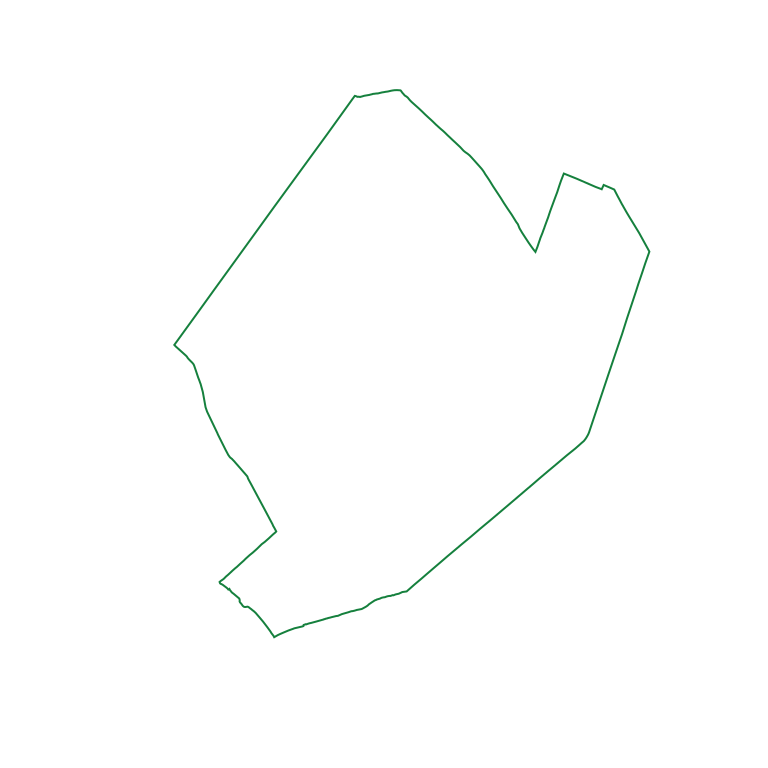 the district of Don Mueang, Bangkok Metropolis, Thailand, rotated 26°
{"feature_id": "78962969B41051617960371", "entity_name": "Don Mueang", "entity_type": "district", "adm_level": 2, "iso_a3": "THA", "parent_name": "Thailand", "parent_adm1": "Bangkok Metropolis", "projection": "equal_earth", "projection_center": [100.591, 13.921], "detail": "fine", "context": "isolated", "style": "outline", "palette": "green", "viewbox_px": 768, "rotation_deg": 26, "n_neighbors": 0, "source": "geoboundaries", "source_scale": "gbopen_adm2", "svg_char_len": 5613}
<svg xmlns="http://www.w3.org/2000/svg" viewBox="0 0 768 768"><g transform="rotate(26 384 384)"><path d="M495.3,560.5L499.2,551.1L503.0,542.5L505.9,535.7L509.4,527.6L513.0,519.3L516.6,510.9L520.7,501.7L523.6,495.1L529.0,483.2L533.9,471.9L539.7,459.0L550.5,434.4L558.5,416.0L561.5,409.2L565.6,399.6L570.1,389.4L572.8,383.4L579.6,368.0L584.2,358.2L586.5,352.7L587.3,350.7L587.9,349.3L588.6,347.7L589.1,345.5L589.4,343.4L589.5,342.0L589.6,340.5L589.6,339.4L589.5,337.6L588.9,333.1L585.9,310.3L583.4,291.4L581.4,276.3L580.9,272.4L579.2,259.3L577.2,243.6L576.1,234.8L573.6,218.1L571.6,203.1L569.9,190.5L568.7,182.3L567.3,171.2L565.9,160.9L564.5,148.7L562.0,146.9L547.1,136.4L531.6,126.5L527.6,123.9L525.8,122.7L522.9,120.7L521.7,119.9L520.9,119.3L519.5,118.4L519.1,118.1L518.6,117.8L518.1,117.4L514.4,114.7L512.0,113.0L505.7,108.3L500.1,108.5L498.5,108.6L494.2,108.8L494.3,113.5L494.2,113.5L487.8,114.1L467.3,115.0L453.4,116.0L453.5,117.5L454.0,123.7L454.6,128.6L455.6,135.7L456.1,141.1L456.4,144.1L457.3,153.0L457.7,156.7L457.8,157.2L457.9,158.2L458.5,162.4L458.8,165.6L459.5,172.5L459.7,173.7L459.8,175.3L460.2,178.9L460.6,184.5L460.8,185.7L461.1,188.3L461.8,193.6L462.2,198.9L460.7,198.2L459.6,197.7L455.1,195.3L452.4,193.8L447.0,190.6L442.0,187.6L437.6,184.7L434.4,181.8L434.1,181.6L431.8,180.4L428.0,178.0L424.5,175.8L418.2,172.2L413.3,169.3L412.6,168.9L407.7,165.8L403.5,163.3L395.2,158.4L389.7,154.9L387.0,153.3L384.2,151.7L383.1,151.1L381.0,149.7L379.6,148.9L377.9,148.0L376.3,147.3L363.6,142.1L360.7,141.0L358.2,140.4L355.5,140.0L353.3,139.5L352.0,139.0L351.5,138.8L348.7,137.7L341.6,135.5L338.3,134.5L336.1,133.8L335.5,133.6L331.9,132.5L328.7,131.4L328.3,131.3L327.4,131.0L325.3,130.4L324.4,130.2L321.8,129.5L317.0,128.1L313.1,126.8L311.5,126.3L310.2,125.9L307.4,125.1L303.1,123.8L298.9,122.4L294.4,121.0L290.1,119.8L285.9,118.6L285.2,118.4L282.9,117.6L280.7,116.6L279.9,116.2L279.1,116.0L278.6,115.9L278.2,115.8L277.9,115.8L277.4,115.7L277.1,115.7L276.7,115.7L276.4,115.6L275.9,115.5L274.6,114.9L272.8,114.2L272.3,113.9L271.5,113.5L270.8,113.1L270.4,112.9L269.9,112.9L269.7,113.0L267.0,114.1L264.7,115.3L263.2,116.3L261.7,117.4L261.1,117.9L259.4,119.3L258.4,120.0L257.6,120.5L256.8,121.1L255.3,122.2L254.4,122.8L253.7,123.4L252.7,124.2L251.8,125.0L251.7,125.1L251.4,125.3L251.1,125.5L250.9,125.6L250.7,125.8L250.4,125.9L250.3,126.0L250.2,126.0L249.7,126.3L248.8,126.9L247.9,127.5L247.7,127.6L247.4,127.8L247.2,127.9L247.1,128.0L246.9,128.1L246.7,128.3L246.1,128.9L245.1,129.7L244.4,130.3L244.1,130.6L239.9,133.6L238.4,135.0L237.0,136.2L236.7,136.5L236.4,136.5L236.2,136.6L235.8,136.8L235.3,136.9L234.3,137.5L234.2,137.5L233.8,137.6L233.3,137.5L231.5,137.8L231.3,138.6L230.9,140.9L230.8,141.3L230.7,142.0L223.5,184.0L207.8,272.0L206.9,277.2L201.5,308.3L190.1,373.5L185.5,400.2L178.4,440.8L180.5,441.6L193.8,445.4L194.3,445.6L195.0,445.9L195.9,446.5L197.4,447.2L199.9,448.1L202.3,448.9L203.4,449.4L204.4,449.9L204.7,450.2L205.4,450.8L206.5,451.9L209.3,454.7L214.0,459.5L216.9,462.2L218.2,463.5L219.1,464.3L224.3,470.2L225.1,471.2L225.6,471.9L231.9,480.5L233.8,483.1L236.9,486.2L237.6,486.8L256.0,501.4L256.6,502.0L270.7,512.8L273.6,514.9L274.8,515.8L275.6,516.3L276.2,516.6L277.3,517.2L277.7,517.4L278.0,517.5L279.8,517.9L280.3,518.0L280.7,518.2L283.7,519.3L284.3,519.6L289.8,521.9L300.8,526.6L301.5,526.9L301.8,527.1L303.3,528.6L303.6,528.8L304.5,529.5L306.2,530.7L308.6,532.4L319.1,540.0L332.0,549.3L345.2,558.9L346.7,560.2L348.1,561.1L349.2,561.9L351.3,563.4L351.8,563.8L351.4,565.1L350.2,567.8L348.1,573.3L346.0,578.3L344.3,581.6L342.0,588.1L340.0,593.0L338.3,596.6L336.4,601.3L336.0,602.4L335.4,604.2L333.6,608.6L331.9,613.0L331.0,614.9L329.6,618.3L327.5,623.8L326.4,626.3L325.4,629.3L324.9,630.3L323.7,632.4L323.0,634.0L323.9,634.9L324.3,635.1L324.7,635.2L325.7,635.1L327.2,635.2L328.7,635.5L331.3,636.0L332.2,636.2L332.8,636.4L333.6,636.7L333.9,636.8L334.1,637.0L334.3,637.0L334.5,636.9L334.9,636.0L335.3,636.3L335.8,636.7L338.3,637.9L339.2,638.2L340.5,638.4L343.3,639.1L347.3,640.1L347.8,640.2L348.0,640.4L348.4,640.7L349.1,641.6L349.5,642.6L349.6,642.8L350.1,643.2L350.4,643.4L351.8,644.0L352.7,644.4L353.9,645.1L354.6,645.4L355.6,645.6L356.2,645.6L356.4,645.5L357.2,645.2L358.6,644.2L358.9,644.0L359.2,643.9L359.9,643.9L360.3,643.9L361.4,644.2L363.6,644.6L365.4,645.1L366.0,645.1L367.0,645.4L369.0,646.0L374.3,648.3L379.5,650.6L385.9,653.8L390.6,656.3L391.3,656.8L391.9,657.2L393.7,658.1L395.1,658.8L396.3,659.7L398.6,656.3L399.8,654.8L400.2,654.3L402.6,651.5L406.2,647.4L409.8,643.7L410.4,643.0L416.9,637.7L417.6,637.0L417.7,636.9L417.7,636.7L417.4,636.0L417.4,635.8L417.5,635.7L417.9,635.3L418.5,634.7L419.0,634.2L419.4,634.2L421.0,632.6L421.2,632.4L422.2,631.5L422.6,631.2L423.0,630.9L426.8,627.6L432.5,622.5L432.9,622.2L433.1,621.8L433.4,621.6L433.7,621.4L434.0,621.0L434.3,620.8L434.4,620.6L436.0,619.3L436.2,619.0L438.3,617.3L438.7,616.9L442.4,613.8L442.9,613.4L444.2,612.6L447.0,609.3L449.1,607.4L452.0,604.8L454.3,602.5L455.2,602.0L456.7,600.8L457.9,599.7L458.7,598.9L458.9,598.8L461.3,597.0L462.5,596.1L462.9,595.6L463.3,595.1L463.6,594.6L464.7,593.1L465.7,591.6L466.4,590.3L466.7,589.6L466.9,588.9L467.2,588.3L467.9,587.1L468.5,586.0L470.6,582.5L470.9,582.2L471.6,581.5L471.8,581.1L472.3,580.6L474.4,578.7L475.4,577.4L475.7,577.1L476.8,576.2L477.2,575.9L477.7,575.6L478.2,575.3L479.4,574.0L479.6,573.8L479.7,573.7L480.5,573.0L481.8,572.1L482.5,571.8L482.6,571.7L483.4,571.0L484.0,570.3L484.3,570.0L484.9,569.9L485.3,569.6L485.8,569.0L486.5,568.2L487.7,567.2L489.0,566.2L489.3,565.9L491.4,563.3L491.6,563.0L491.9,562.8L495.3,560.5Z" fill="none" stroke="#15803d" stroke-width="2"/></g></svg>